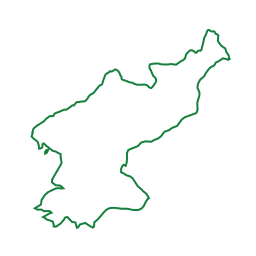 SVG path tracing the border of North Korea, rotated 5°
{"feature_id": "PRK", "entity_name": "North Korea", "entity_type": "country or territory", "adm_level": 0, "iso_a3": "PRK", "parent_name": "Asia", "parent_adm1": "", "projection": "equal_earth", "projection_center": [127.346, 40.359], "detail": "fine", "context": "isolated", "style": "outline", "palette": "green", "viewbox_px": 256, "rotation_deg": 5, "n_neighbors": 0, "source": "natural_earth", "source_scale": "50m", "svg_char_len": 3042}
<svg xmlns="http://www.w3.org/2000/svg" viewBox="0 0 256 256"><g transform="rotate(5 128 128)"><path d="M155.0,196.2L153.9,196.8L152.1,200.2L150.4,204.5L148.7,206.8L146.8,208.1L144.8,208.9L140.7,209.2L137.0,208.9L135.8,208.5L130.7,208.7L129.3,209.0L122.0,208.7L118.2,209.0L115.7,209.9L113.3,211.6L111.1,214.3L109.2,217.1L105.4,222.2L102.7,224.7L102.7,228.3L102.6,229.4L101.7,230.2L101.4,229.8L99.8,229.6L93.6,226.3L88.5,228.3L87.2,230.9L85.8,231.8L83.8,226.6L80.5,226.5L75.2,221.9L72.9,222.9L72.3,224.7L69.4,228.8L65.3,232.3L64.0,232.7L62.5,232.5L62.7,231.5L61.1,227.7L54.7,226.1L52.4,224.5L51.2,224.1L57.5,219.8L59.2,219.1L58.0,218.1L56.6,217.6L51.5,218.2L48.8,216.8L44.9,217.2L42.2,216.1L47.9,211.9L48.1,209.4L48.1,207.5L51.0,202.0L53.9,198.9L61.4,194.5L64.6,193.9L66.9,194.1L68.8,193.7L66.8,192.0L64.9,191.2L61.1,191.4L57.1,188.9L56.8,186.2L64.6,169.5L64.8,168.0L63.6,163.9L63.2,160.0L57.8,157.7L55.3,157.4L48.3,153.0L45.5,150.7L44.4,151.4L44.2,154.9L43.2,155.7L41.3,156.4L40.4,152.4L39.0,149.4L34.3,146.4L32.7,144.8L33.5,141.2L33.1,140.9L33.9,136.9L36.8,133.9L43.9,128.4L45.8,125.8L49.3,122.8L50.9,122.9L52.6,122.6L53.1,121.3L53.5,120.3L54.9,119.3L58.4,117.7L62.3,115.5L65.4,114.9L69.2,111.6L70.7,110.2L72.3,110.2L72.7,109.5L73.6,107.8L74.8,106.7L76.5,106.5L79.2,105.7L82.7,105.2L85.0,102.5L85.8,100.5L87.4,98.3L90.7,96.0L93.0,92.5L95.5,88.8L96.7,87.6L97.9,87.3L98.6,85.9L99.4,81.9L100.5,78.0L101.2,76.2L104.1,74.2L104.8,73.2L105.5,72.9L106.8,73.2L108.6,72.0L110.3,70.7L111.8,71.2L113.4,72.2L115.0,74.4L115.7,76.1L117.0,77.5L117.3,79.6L118.6,80.5L121.3,81.0L125.8,82.4L128.7,82.5L130.4,83.5L133.8,84.1L140.8,83.3L143.6,83.8L144.8,85.1L146.5,86.1L147.7,86.2L149.2,84.4L150.8,81.5L151.9,79.3L151.9,77.5L150.9,75.6L148.6,73.9L147.1,71.2L145.7,68.4L144.8,67.5L144.1,66.1L144.0,64.0L144.5,62.6L147.9,61.7L152.3,61.1L155.9,61.7L161.9,61.3L165.5,60.5L168.2,60.7L170.7,60.6L171.8,59.4L175.3,56.6L177.0,55.6L178.8,53.6L179.1,51.6L179.4,49.9L180.5,48.2L182.3,46.0L183.8,45.0L185.5,45.1L187.4,46.1L188.5,47.1L189.8,46.8L190.9,45.1L191.6,44.8L193.7,44.6L194.3,43.6L195.1,38.6L195.8,34.6L196.0,31.9L197.8,27.3L198.3,24.6L199.4,23.3L200.7,23.4L201.8,24.2L203.1,24.6L204.9,24.2L206.2,24.9L207.0,26.4L209.6,27.4L209.9,28.1L209.9,33.1L211.4,35.4L213.4,37.5L216.1,39.4L217.5,39.9L218.4,41.2L219.2,43.6L221.2,45.9L222.2,47.6L222.4,49.3L223.3,50.3L221.8,51.4L219.8,50.7L216.5,50.4L212.2,53.8L209.9,55.0L208.3,58.3L205.0,60.3L203.2,62.5L200.9,66.2L199.4,69.8L195.8,73.4L193.8,78.0L193.7,82.0L196.0,86.0L196.3,89.5L194.8,96.6L195.7,104.1L194.8,107.1L183.7,112.3L180.9,114.8L176.8,121.6L171.9,124.1L168.8,126.8L164.6,128.5L161.8,133.2L158.8,135.9L155.3,137.5L152.6,139.6L146.6,139.8L142.4,141.3L139.4,145.2L130.3,149.8L129.1,153.2L129.7,158.5L129.7,162.6L128.9,165.9L127.0,165.0L125.9,166.1L124.7,169.2L125.0,172.7L128.2,173.9L130.7,175.3L134.3,176.0L137.0,177.7L142.7,185.1L147.3,188.4L148.5,189.6L151.2,191.3L153.6,193.9L155.0,196.2ZM49.4,159.6L47.7,160.7L47.6,158.7L48.9,156.9L50.3,156.7L49.4,159.6Z" fill="none" stroke="#15803d" stroke-width="2"/></g></svg>